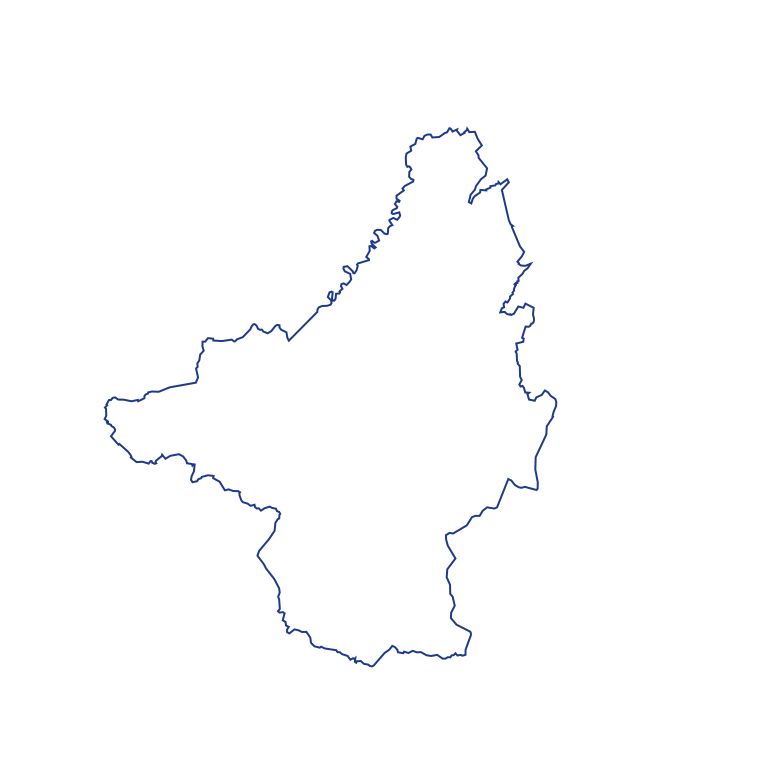 Tuxcacuesco, Jalisco, Mexico, rotated 304°
{"feature_id": "50627088B97474247637158", "entity_name": "Tuxcacuesco", "entity_type": "district", "adm_level": 2, "iso_a3": "MEX", "parent_name": "Mexico", "parent_adm1": "Jalisco", "projection": "mercator", "projection_center": [-104.015, 19.687], "detail": "fine", "context": "isolated", "style": "outline", "palette": "blue", "viewbox_px": 768, "rotation_deg": 304, "n_neighbors": 0, "source": "geoboundaries", "source_scale": "gbopen_adm2", "svg_char_len": 6166}
<svg xmlns="http://www.w3.org/2000/svg" viewBox="0 0 768 768"><g transform="rotate(304 384 384)"><path d="M124.1,442.4L124.3,445.0L130.5,447.0L132.1,451.2L132.5,454.5L135.1,458.3L132.6,464.6L128.6,468.3L127.6,472.9L129.5,478.2L131.0,478.7L131.7,482.9L136.6,493.3L135.7,495.5L136.9,497.3L136.6,500.3L138.2,505.9L136.6,510.3L139.3,511.6L139.4,513.2L140.7,513.5L137.4,515.2L137.4,516.8L138.9,516.5L141.3,519.6L140.8,523.9L142.6,528.0L142.3,529.9L143.2,532.0L144.8,532.9L161.3,534.9L166.8,537.0L171.5,537.3L172.0,540.0L171.2,543.6L169.4,545.6L171.6,550.5L173.3,550.3L174.7,554.7L178.9,557.1L179.9,561.2L182.4,564.7L182.9,570.9L184.9,575.2L189.2,579.6L189.1,586.2L190.9,588.7L193.1,589.6L194.6,591.9L196.8,591.8L198.2,593.4L200.7,593.8L200.0,596.7L202.4,599.2L202.5,600.8L205.0,603.0L209.4,600.2L224.3,596.5L226.0,595.4L226.9,594.0L225.0,578.7L227.4,570.3L232.0,567.6L239.8,566.6L246.0,559.9L247.1,556.2L254.4,551.1L258.8,544.1L265.7,540.1L279.3,540.8L285.7,527.2L289.8,522.5L293.3,519.9L297.3,521.7L298.7,524.9L313.1,531.7L322.9,531.4L325.8,533.5L328.1,537.0L334.2,536.7L339.4,538.5L342.5,545.2L345.0,546.7L374.7,540.2L375.2,543.5L373.5,548.8L373.7,553.4L374.8,556.0L377.5,558.3L381.4,569.7L383.1,569.9L388.3,566.6L397.8,557.2L408.1,550.7L433.0,546.8L439.9,542.6L451.3,542.5L451.4,541.8L455.8,540.2L461.9,539.0L465.3,537.0L467.3,534.5L467.4,528.8L468.8,524.7L468.6,521.0L463.1,520.9L458.1,517.8L454.4,518.3L452.2,512.9L455.8,508.6L457.9,509.2L456.0,505.8L459.1,502.1L459.9,500.0L458.3,498.7L459.2,496.5L464.3,496.0L466.1,492.8L474.7,486.6L475.7,483.3L476.8,482.9L477.5,481.4L483.4,477.0L484.5,475.0L487.1,475.6L491.5,471.0L496.8,475.8L499.8,474.4L499.6,472.6L510.8,469.3L512.3,471.9L513.8,472.7L516.3,472.3L517.2,473.3L519.1,473.4L521.9,472.0L525.0,468.6L530.9,465.5L529.7,456.3L525.2,457.0L523.3,452.0L514.9,452.4L512.3,450.8L512.4,449.5L511.7,449.3L510.8,446.7L511.1,444.1L511.8,444.4L508.4,440.3L512.8,439.4L514.8,440.6L517.3,438.3L520.4,438.6L520.5,440.6L521.3,440.8L525.6,440.6L527.0,439.6L530.7,440.6L531.6,439.4L534.3,439.6L535.3,438.6L539.1,437.9L539.6,436.4L540.3,436.6L540.4,437.7L541.7,437.0L542.4,438.1L543.6,437.1L544.6,438.0L547.3,435.9L553.0,437.3L556.1,436.9L560.0,438.3L565.8,438.4L561.0,435.1L558.8,431.2L558.9,428.4L559.6,428.3L560.0,426.2L567.0,426.9L571.9,426.3L574.1,419.8L585.2,402.9L586.3,401.6L587.1,402.4L587.3,399.5L589.8,395.7L610.8,373.2L621.0,374.7L622.6,371.7L614.8,368.9L615.5,366.0L614.2,366.7L612.5,365.1L610.9,365.2L607.5,361.6L606.3,362.4L602.3,359.9L601.7,360.5L598.8,355.4L596.5,356.6L590.5,354.2L587.4,354.0L582.5,355.4L582.3,352.6L589.3,350.0L595.8,350.7L599.6,349.6L608.1,349.9L613.6,351.7L620.5,348.8L624.4,336.0L626.4,334.5L628.3,330.0L636.5,331.7L639.7,324.5L643.9,318.3L640.5,313.9L642.2,310.2L640.9,310.6L637.3,309.7L637.1,310.3L633.0,308.2L634.8,302.6L635.9,302.3L631.6,299.6L633.0,296.5L632.6,295.2L627.8,295.5L626.0,294.0L619.7,291.7L615.4,286.2L616.9,283.2L615.1,280.5L612.3,278.8L608.5,279.2L606.9,274.3L605.8,273.9L600.5,275.7L595.6,273.1L592.6,276.1L587.7,273.8L584.1,275.3L578.2,279.7L577.1,281.9L578.4,282.9L578.3,284.5L577.2,286.7L574.0,286.4L569.8,289.0L569.1,291.9L569.8,294.1L568.2,295.0L559.8,290.5L556.4,290.0L555.6,292.2L547.1,289.1L544.6,290.8L544.6,294.5L543.5,294.7L542.5,292.2L539.3,292.4L538.2,296.0L536.9,296.3L533.0,294.0L531.3,294.0L529.8,295.0L530.0,296.5L534.8,300.7L532.8,303.1L531.2,303.5L527.5,303.1L526.9,298.9L523.1,296.8L522.4,297.1L520.4,302.1L518.2,300.7L515.7,300.3L510.7,303.1L509.7,302.5L509.0,300.2L509.9,295.3L508.1,292.2L506.0,290.9L503.7,291.3L503.2,295.7L500.2,299.7L496.4,297.9L495.7,296.9L496.0,294.1L495.0,293.6L493.4,295.5L492.6,300.7L491.0,300.1L491.2,296.1L490.0,294.9L486.4,297.7L479.4,298.3L479.1,301.6L478.3,302.3L469.3,294.9L467.8,294.9L467.3,296.2L462.7,297.7L459.3,297.7L458.8,296.6L460.0,295.0L461.2,287.8L458.6,285.1L456.9,285.9L455.5,288.5L456.4,294.4L452.3,298.3L449.0,298.3L445.1,297.6L444.8,294.3L443.1,292.9L441.1,293.6L439.7,296.3L436.0,295.3L435.6,296.2L434.1,296.4L432.0,293.8L427.5,296.2L425.3,296.2L424.5,295.1L425.8,293.1L431.4,290.1L431.3,289.0L429.5,287.6L424.7,288.8L423.8,293.3L421.7,295.3L419.8,295.3L417.0,293.1L414.1,289.1L411.1,287.1L408.9,287.1L406.4,288.4L366.7,280.9L368.3,278.0L372.3,274.2L371.5,268.6L372.3,265.8L374.2,264.6L373.4,262.6L371.4,261.5L364.9,261.0L361.0,259.2L360.0,254.7L360.8,252.3L359.6,250.9L359.3,248.7L361.1,245.7L361.3,243.3L360.4,242.3L357.9,242.0L354.3,242.6L343.8,240.7L339.0,237.2L336.2,236.7L335.5,236.0L335.6,232.9L329.0,225.7L324.6,218.2L326.0,217.0L323.6,212.4L319.1,212.1L317.6,209.9L313.7,212.4L310.8,215.9L305.5,215.2L300.2,217.7L296.6,217.8L294.0,219.9L291.8,219.5L285.4,226.2L279.9,227.3L261.5,208.3L251.6,201.6L248.0,195.8L245.1,193.2L244.1,193.7L242.2,192.3L240.3,192.1L238.2,193.3L232.3,189.9L233.2,188.9L228.5,184.3L225.4,176.9L222.5,172.4L222.5,168.5L220.7,166.8L218.1,166.6L217.0,165.0L211.8,165.4L211.6,166.4L208.5,165.8L208.0,167.4L202.4,171.5L198.7,172.0L198.6,176.2L197.8,176.7L197.4,175.7L196.6,176.6L197.5,180.5L196.8,181.5L196.8,184.8L195.8,186.5L194.6,187.2L188.0,186.9L185.2,197.8L186.3,198.1L184.7,209.9L183.5,213.5L182.3,215.5L181.5,215.3L180.9,222.5L184.5,227.3L186.4,233.4L189.6,233.6L190.1,234.5L189.1,236.0L189.6,238.5L190.9,239.5L191.5,238.3L193.1,237.9L199.8,240.0L201.3,239.6L199.8,244.6L204.9,247.0L211.1,253.2L211.6,258.0L209.9,262.9L208.1,265.0L210.2,269.4L209.2,270.8L210.9,270.9L211.4,272.0L205.5,275.2L200.0,276.1L196.6,277.6L195.5,280.2L198.9,283.4L201.2,283.3L203.6,285.0L205.1,284.9L209.9,289.1L212.5,294.1L210.4,295.0L211.1,302.3L206.9,311.5L209.8,314.2L210.9,318.7L213.7,323.2L213.7,325.2L212.6,325.1L210.8,326.6L207.7,330.9L207.1,333.0L208.6,338.0L208.4,341.5L211.5,344.2L209.9,345.8L209.6,348.0L210.9,349.7L210.2,352.8L214.2,354.5L218.5,357.9L218.6,360.4L220.2,364.1L218.8,366.4L219.3,368.6L218.3,370.6L217.0,370.5L213.9,372.3L212.5,371.5L208.2,371.6L201.1,375.4L191.0,375.4L175.8,373.8L170.9,375.1L167.2,385.7L165.2,389.1L161.0,402.0L156.0,411.3L152.7,414.2L148.5,415.2L146.7,417.6L139.3,423.4L136.3,423.2L136.1,425.2L138.3,427.8L138.3,429.8L131.5,432.2L131.7,435.3L129.0,437.9L129.4,440.9L126.3,440.9L124.1,442.4Z" fill="none" stroke="#1e3a8a" stroke-width="2"/></g></svg>